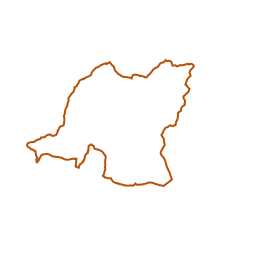 Bradeni, Sibiu, Romania, rotated 318°
{"feature_id": "2599482B92641701447003", "entity_name": "Bradeni", "entity_type": "district", "adm_level": 2, "iso_a3": "ROU", "parent_name": "Romania", "parent_adm1": "Sibiu", "projection": "albers", "projection_center": [24.875, 46.06], "detail": "fine", "context": "isolated", "style": "outline", "palette": "amber", "viewbox_px": 256, "rotation_deg": 318, "n_neighbors": 0, "source": "geoboundaries", "source_scale": "gbopen_adm2", "svg_char_len": 5682}
<svg xmlns="http://www.w3.org/2000/svg" viewBox="0 0 256 256"><g transform="rotate(318 128 128)"><path d="M218.4,126.0L218.5,125.8L218.7,124.8L218.4,124.0L218.3,123.1L216.8,121.9L215.9,121.7L215.8,121.0L215.6,120.5L214.0,119.6L212.3,118.9L210.6,118.0L210.2,117.7L209.9,117.1L208.9,116.4L208.7,116.1L205.7,115.1L205.3,113.3L202.9,111.5L202.9,111.4L204.0,109.0L204.1,108.5L204.3,108.3L204.4,107.8L204.1,106.1L204.0,105.9L202.5,104.9L201.1,103.6L200.9,103.3L201.2,102.8L200.8,102.8L200.3,102.9L198.3,103.1L197.2,102.1L196.7,102.1L196.1,101.8L195.3,101.6L194.6,101.7L191.5,102.5L191.1,102.5L189.5,102.2L187.7,101.5L186.9,101.6L185.9,101.4L184.7,101.6L183.8,102.0L182.1,102.1L181.0,102.4L178.1,102.4L176.7,102.7L175.3,102.6L174.9,102.3L174.6,101.4L174.1,100.4L173.0,98.4L172.5,97.8L171.7,97.6L171.6,97.3L171.6,96.8L171.5,96.3L170.7,95.4L169.8,94.0L169.1,93.3L167.6,92.2L166.8,92.0L165.4,92.7L164.6,92.9L163.9,93.6L162.7,91.3L161.8,90.4L160.5,88.7L159.5,87.7L158.6,86.5L157.9,85.3L157.8,84.5L157.7,83.4L156.9,81.6L156.8,81.0L157.0,78.8L156.7,77.4L157.7,74.5L158.4,73.3L158.5,72.6L158.5,72.1L158.2,71.2L158.2,70.6L158.3,69.8L158.4,66.8L156.6,66.6L154.9,66.1L155.3,65.5L153.6,64.5L151.4,63.7L149.4,63.0L148.4,63.0L146.5,62.8L145.8,62.3L144.7,61.9L140.2,62.0L138.0,62.6L136.5,63.7L135.8,63.8L134.2,63.6L131.0,62.5L130.3,62.2L128.6,62.0L127.9,62.1L127.4,61.8L127.3,61.7L127.4,61.4L127.1,61.2L126.7,61.1L126.3,61.1L125.8,60.8L124.5,60.6L123.9,60.4L123.3,60.5L121.7,61.4L119.1,62.0L117.9,62.6L117.6,62.6L117.0,62.2L116.5,62.3L115.5,61.9L114.7,62.9L114.4,63.3L112.7,63.9L112.4,64.3L112.0,64.6L108.4,64.8L106.4,65.4L104.2,65.7L102.8,67.0L102.6,67.5L102.3,67.8L101.7,68.3L99.6,69.2L98.8,69.9L98.2,70.6L97.2,71.2L95.6,71.6L94.0,72.3L91.1,74.5L90.9,74.9L90.5,75.2L88.5,76.1L88.0,76.7L87.6,77.5L86.5,79.1L85.0,80.5L84.2,81.1L82.8,82.3L82.2,82.7L81.3,82.6L80.2,82.3L78.9,81.6L77.9,81.6L77.4,81.9L76.4,82.2L75.1,82.8L74.6,82.9L74.0,82.8L73.6,83.4L72.4,84.2L71.1,84.7L70.0,85.0L69.4,84.9L68.9,84.7L66.6,83.4L66.4,83.1L65.8,80.6L65.7,80.5L65.0,80.3L64.1,79.5L62.3,79.0L60.7,79.0L60.2,79.1L59.6,78.8L59.2,78.4L58.2,77.9L57.2,76.9L56.6,77.0L55.8,77.4L55.0,77.4L54.5,77.2L53.9,76.5L53.2,76.2L52.5,76.2L51.1,75.5L50.5,75.5L49.8,75.7L49.1,75.6L48.3,75.2L46.6,73.7L45.8,73.3L43.7,72.4L43.0,72.4L42.6,72.5L42.1,72.8L41.2,73.5L41.0,75.1L41.2,75.9L41.6,76.4L41.7,76.7L41.6,78.1L41.6,78.6L43.1,81.0L43.2,81.4L43.1,82.4L43.7,83.5L42.7,84.7L41.4,86.6L40.4,90.0L39.3,89.8L38.9,89.9L38.2,90.8L37.4,92.2L37.3,92.5L37.5,92.7L39.9,92.3L43.0,91.0L44.7,90.4L45.5,90.3L47.7,91.1L48.2,91.4L50.6,93.2L51.9,95.3L52.6,97.5L52.7,98.3L55.7,101.8L56.6,102.7L56.7,103.1L58.6,105.4L59.3,107.0L59.6,108.4L59.8,108.8L60.3,109.4L61.1,110.2L61.9,111.3L67.0,114.3L67.3,114.5L67.6,114.8L67.6,115.1L67.9,115.2L68.0,115.6L68.5,115.9L69.1,116.3L63.8,121.3L63.7,121.2L63.3,121.6L64.7,124.6L65.4,124.4L66.4,123.5L67.4,123.0L68.4,122.9L69.5,123.2L70.7,123.2L72.0,122.6L72.2,123.1L72.5,123.1L73.5,122.6L74.4,121.8L74.9,121.9L75.5,121.7L76.1,120.8L76.6,120.4L78.9,119.4L80.4,119.3L81.2,119.8L81.6,119.5L82.3,118.6L83.4,118.4L83.6,118.1L83.6,117.8L84.0,117.8L84.9,116.8L85.7,116.2L86.0,115.7L86.7,115.0L86.9,114.9L87.5,115.0L88.5,115.4L89.7,115.6L89.7,116.1L90.3,117.8L90.4,118.5L90.3,119.2L90.0,119.4L89.9,119.7L89.5,120.3L89.3,120.7L89.3,121.2L90.3,122.9L91.0,123.3L91.4,124.4L91.8,125.0L92.2,126.1L92.7,126.9L92.9,127.6L93.1,129.3L92.7,131.4L92.8,133.1L92.7,133.6L92.3,134.3L91.6,134.8L90.9,135.7L90.0,136.3L88.6,137.6L87.4,139.0L86.8,139.7L86.1,140.7L84.5,141.8L84.4,142.1L83.4,143.7L82.4,144.1L81.1,144.9L79.4,146.1L77.3,146.8L77.3,147.3L77.8,148.6L77.9,149.8L78.9,150.6L79.5,152.0L81.7,154.0L81.6,154.3L81.4,154.6L81.3,155.0L81.1,156.4L81.1,158.0L81.3,158.9L81.7,159.8L82.7,161.6L83.0,161.6L83.0,162.1L83.3,162.5L83.5,162.9L83.8,163.2L84.4,163.6L84.3,164.3L85.6,165.7L86.0,166.6L86.4,167.1L86.7,168.0L87.1,168.1L87.4,168.7L89.5,170.9L91.3,172.3L91.7,172.5L91.9,172.6L92.0,173.0L92.9,174.0L93.3,174.2L95.0,174.5L96.2,174.2L96.2,174.4L96.3,174.7L96.4,175.3L97.2,176.7L97.6,177.1L98.3,177.5L99.1,178.2L101.0,179.5L101.2,179.8L101.7,180.1L102.3,180.2L104.3,181.4L106.5,182.3L107.7,183.0L108.8,184.2L109.7,185.4L110.4,186.6L110.8,187.7L112.7,190.7L113.1,191.7L114.0,192.5L114.5,193.1L115.5,194.8L123.8,195.6L126.1,195.6L126.3,195.1L126.5,194.9L126.4,194.7L127.2,193.2L127.4,192.8L127.7,191.8L128.7,189.7L129.4,188.1L129.9,186.0L130.3,185.1L130.5,184.1L130.9,182.8L131.4,181.9L131.7,181.0L132.6,179.7L133.7,177.2L134.1,176.0L134.5,174.7L134.7,172.9L134.6,171.8L134.7,170.6L134.9,169.7L135.3,168.7L136.0,168.1L137.3,167.3L140.3,166.4L142.0,165.6L143.3,165.6L144.1,164.9L144.8,163.7L145.5,162.2L146.9,160.6L147.4,159.8L148.0,156.0L148.1,155.7L148.6,155.4L149.9,155.2L150.5,155.0L151.4,154.4L153.6,153.5L155.6,153.1L156.7,153.2L158.4,153.9L159.5,153.9L161.2,154.3L162.0,155.7L162.4,156.5L162.9,156.7L163.7,156.9L164.6,157.1L165.1,157.7L165.6,157.5L166.9,156.3L167.7,155.8L168.6,155.4L169.9,155.1L170.2,154.7L170.9,154.4L172.3,153.2L173.2,152.6L174.0,151.7L174.6,150.8L175.6,150.2L176.2,150.1L177.5,150.5L179.0,150.5L179.5,150.2L180.0,149.5L180.7,149.1L181.5,148.8L183.3,148.4L185.3,148.9L186.0,148.4L186.3,147.7L187.7,146.9L188.3,146.3L188.6,145.7L189.0,144.5L189.2,143.5L189.3,142.9L189.9,142.1L190.3,141.7L190.7,141.6L192.4,141.7L194.9,141.5L195.4,141.6L196.8,141.6L197.8,141.2L198.6,140.8L199.3,140.3L199.9,140.1L199.8,138.9L199.8,137.7L199.9,136.1L200.1,135.5L199.9,135.1L199.7,134.5L199.7,134.1L199.8,134.0L200.4,133.8L203.7,132.0L205.7,131.2L209.4,131.1L209.7,130.7L210.1,129.7L210.5,128.6L210.7,128.1L212.1,127.2L212.8,126.9L213.5,126.7L215.3,126.7L216.4,126.6L217.2,126.4L218.4,126.0Z" fill="none" stroke="#b45309" stroke-width="2"/></g></svg>